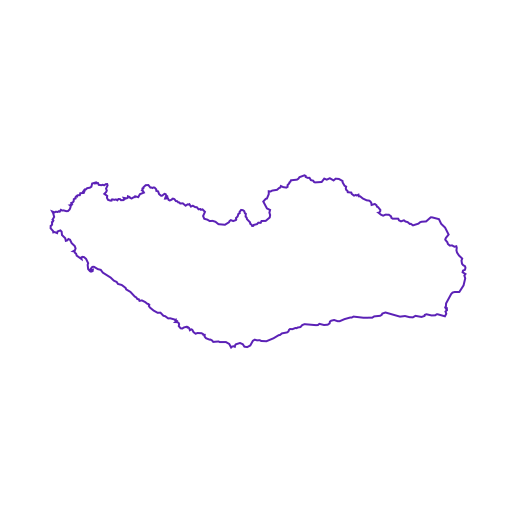 Antalaha, Sava, Madagascar, rotated 104°
{"feature_id": "10022922B15279482214677", "entity_name": "Antalaha", "entity_type": "district", "adm_level": 2, "iso_a3": "MDG", "parent_name": "Madagascar", "parent_adm1": "Sava", "projection": "orthographic", "projection_center": [50.057, -15.259], "detail": "fine", "context": "isolated", "style": "outline", "palette": "violet", "viewbox_px": 512, "rotation_deg": 104, "n_neighbors": 0, "source": "geoboundaries", "source_scale": "gbopen_adm2", "svg_char_len": 6108}
<svg xmlns="http://www.w3.org/2000/svg" viewBox="0 0 512 512"><g transform="rotate(104 256 256)"><path d="M222.2,417.8L222.6,419.1L224.1,420.4L224.0,422.0L224.7,423.1L225.0,425.8L223.5,426.9L224.1,428.6L223.4,428.2L223.2,428.9L225.3,432.5L228.6,432.5L229.9,433.7L231.0,436.2L232.8,437.4L232.8,438.2L233.5,438.6L234.1,438.3L234.2,438.8L235.3,439.3L235.8,438.3L236.5,438.4L237.6,441.7L239.6,441.7L240.2,443.7L240.7,444.2L241.6,444.0L241.8,445.0L242.8,445.4L243.8,445.0L244.9,446.5L247.2,446.2L248.3,446.8L249.2,448.0L250.2,447.1L250.8,448.0L251.4,447.6L251.8,448.6L252.1,447.9L253.9,447.8L255.9,448.1L257.9,449.3L258.4,450.9L258.3,453.7L258.8,455.1L258.4,456.5L260.5,457.2L260.3,458.2L261.3,459.1L261.4,460.9L262.4,462.0L262.1,464.5L263.6,463.1L266.9,461.3L270.0,462.2L270.6,461.2L271.8,461.4L272.5,462.2L274.5,461.5L275.6,461.7L276.4,462.5L278.8,462.0L281.0,458.8L282.1,458.4L281.5,457.2L281.9,454.5L280.2,454.5L278.5,452.0L279.4,450.5L282.6,449.3L284.9,445.4L287.3,444.2L286.6,443.0L284.9,442.1L285.2,440.4L288.1,438.0L290.2,434.3L292.3,432.9L294.2,433.1L295.6,434.5L295.5,433.1L296.6,432.6L297.3,431.1L299.0,430.1L301.2,424.5L299.7,425.2L298.8,424.2L298.7,422.6L299.9,420.2L303.6,417.1L305.3,417.2L309.3,415.7L310.9,413.4L311.1,412.3L310.2,410.9L308.8,411.0L310.1,413.0L309.6,413.7L306.5,412.4L305.9,411.6L305.7,410.5L307.0,406.3L307.0,403.3L309.2,400.6L312.1,391.8L314.3,388.0L314.9,384.9L316.5,383.2L316.6,379.3L317.9,376.2L318.7,374.6L319.8,373.9L321.2,369.2L324.7,363.8L325.2,362.1L326.5,360.7L326.3,359.3L327.7,358.2L326.7,356.0L327.5,352.4L328.7,349.8L328.6,348.8L329.2,347.7L330.4,347.9L331.6,346.6L333.7,342.2L334.9,337.7L334.1,335.0L336.4,331.4L336.4,329.5L337.8,326.1L337.2,324.2L337.3,320.0L337.9,318.8L337.3,318.4L337.9,318.1L338.1,317.3L339.6,318.3L339.2,316.1L339.7,314.9L340.7,314.1L342.7,314.0L344.4,311.6L344.2,310.0L342.8,308.7L341.4,306.1L342.0,305.3L341.5,304.9L342.1,303.5L344.0,302.2L342.8,301.1L343.0,300.0L345.0,298.2L346.0,295.8L344.9,294.2L344.1,290.2L344.5,288.6L345.2,288.1L344.9,286.7L346.6,286.4L347.9,284.6L348.4,280.8L348.1,280.0L348.6,278.2L349.7,276.7L348.0,271.7L348.3,270.3L346.8,264.3L347.8,260.7L350.8,258.0L349.7,257.3L349.0,256.0L349.2,254.6L347.4,254.6L346.5,254.1L344.3,250.5L344.8,247.5L346.8,245.3L346.5,242.5L344.2,239.9L339.0,238.5L337.5,237.0L337.6,234.6L336.8,232.0L337.2,230.4L336.2,225.3L331.6,219.1L327.3,214.8L326.9,213.7L324.8,212.1L322.6,207.3L321.4,206.3L319.7,206.1L318.6,205.3L318.2,203.0L316.3,200.3L316.2,199.1L315.4,198.4L314.2,195.7L311.8,194.4L310.4,192.4L308.6,181.1L308.0,179.2L306.5,178.1L306.5,173.3L305.3,169.8L303.6,168.3L301.8,168.4L300.6,167.4L299.2,164.7L299.5,161.1L299.0,159.0L295.8,154.8L292.9,149.7L292.6,148.3L291.2,146.7L289.9,136.7L287.7,128.3L286.0,126.7L284.0,121.1L282.7,119.8L281.3,119.5L279.5,116.7L280.0,101.6L278.2,96.9L278.2,92.2L277.6,89.0L275.5,86.8L275.1,80.7L273.4,78.0L272.3,78.0L271.3,76.5L271.2,71.2L270.2,67.8L268.8,66.5L268.6,65.6L268.8,58.1L266.0,57.4L264.0,58.7L262.4,57.6L260.6,58.2L261.1,59.1L260.0,60.0L259.3,59.5L256.0,60.1L245.6,57.4L243.9,56.4L242.9,54.6L241.7,50.0L234.3,47.5L227.0,47.6L224.6,49.1L222.8,48.4L221.8,51.6L220.1,51.6L218.8,49.9L216.8,49.9L215.4,50.7L214.7,52.9L213.7,54.2L210.8,55.5L208.6,55.3L206.4,59.2L204.0,61.8L202.0,62.9L199.5,63.2L198.1,64.0L199.0,65.7L198.3,68.3L199.0,70.5L197.9,72.7L196.3,73.7L194.6,76.1L194.1,76.4L192.4,76.1L188.6,74.3L182.7,79.4L180.0,84.1L176.0,87.4L175.9,94.4L176.2,95.8L181.3,99.3L182.7,103.6L183.6,105.0L185.3,106.2L188.3,111.1L187.3,113.6L187.7,114.5L186.4,117.1L186.4,119.3L185.6,121.1L187.3,123.7L186.8,125.9L185.4,127.0L186.7,132.5L186.2,133.9L184.9,134.5L183.8,137.1L184.6,140.4L186.1,142.4L185.7,144.7L184.4,147.5L184.2,147.0L182.4,146.3L181.2,146.5L179.0,149.5L178.9,150.5L177.6,151.4L176.8,153.3L178.5,156.2L176.4,157.1L175.4,158.3L174.9,159.6L175.2,162.1L174.4,166.2L172.9,169.4L173.2,170.6L171.7,171.4L172.9,172.8L172.6,173.9L173.7,175.5L172.6,178.1L171.4,178.9L171.9,182.4L170.6,183.1L169.9,184.6L168.5,185.3L166.9,185.3L166.4,187.1L163.7,189.7L162.3,190.2L161.2,194.2L161.7,197.4L163.9,199.0L162.7,203.2L164.8,205.8L164.4,208.5L168.3,210.2L170.3,216.5L170.2,217.5L169.1,218.7L169.1,221.1L167.2,223.0L167.7,224.7L167.3,226.9L166.3,227.2L166.0,228.5L169.0,232.9L170.8,233.6L172.0,234.7L174.1,240.4L175.5,240.6L176.6,241.4L177.5,241.3L179.5,242.5L181.3,242.1L182.3,243.1L182.6,246.3L182.1,248.8L183.7,249.0L184.5,250.1L186.7,251.6L188.6,256.1L189.9,257.5L190.1,259.3L192.9,258.6L197.6,259.3L198.2,260.4L201.4,262.1L207.2,256.9L207.9,253.5L210.7,253.5L212.8,252.2L215.3,252.0L219.6,255.1L220.7,259.1L222.7,259.5L223.1,261.8L224.8,262.7L226.4,265.7L227.4,265.9L227.8,267.0L226.7,267.9L226.1,269.4L224.8,269.9L222.4,273.7L221.0,274.4L220.3,275.6L217.5,276.1L217.1,277.2L215.3,278.3L214.7,279.9L214.9,281.6L217.3,282.6L218.4,282.2L219.5,283.3L222.1,283.4L224.0,284.6L225.4,284.0L226.0,284.2L227.6,286.6L227.3,289.1L228.5,290.1L229.8,290.4L233.2,293.7L234.2,300.1L232.6,303.6L232.4,306.6L233.3,309.4L232.5,312.0L232.4,315.2L230.0,317.0L225.5,316.2L223.7,319.2L224.5,320.6L223.9,321.4L224.6,323.0L223.0,325.2L223.3,326.8L222.5,329.5L223.8,331.1L221.8,333.2L222.4,333.9L222.4,334.8L224.2,336.5L222.6,339.8L223.4,342.2L222.6,343.4L222.8,344.4L221.9,345.8L222.1,347.0L220.6,348.9L220.4,349.9L220.6,350.9L221.7,351.4L223.0,353.1L222.7,354.4L221.3,355.4L221.4,355.9L220.9,356.3L222.0,357.1L222.3,358.1L220.7,358.0L219.4,356.8L218.8,358.0L217.9,358.6L217.8,359.8L220.2,361.7L220.5,362.7L219.4,365.0L217.0,366.6L216.9,368.5L215.5,368.9L214.2,370.9L214.2,371.8L215.1,373.0L214.8,373.8L215.2,375.0L213.2,377.6L214.0,380.2L216.7,381.9L217.5,381.7L218.0,382.5L219.2,382.1L219.9,382.5L220.5,381.1L221.6,380.1L224.1,383.6L227.4,384.5L227.3,387.7L228.2,387.8L228.5,388.8L230.3,390.6L230.1,392.1L229.3,393.0L229.1,394.7L230.5,394.5L231.4,395.5L231.6,398.4L232.8,397.3L233.9,398.3L234.5,400.5L233.7,401.7L234.0,403.3L235.5,404.0L235.0,405.6L235.7,406.8L235.8,409.0L236.1,409.6L237.2,409.6L237.5,410.8L237.3,413.2L235.6,414.7L233.7,414.9L232.4,418.2L230.2,416.9L228.6,416.6L226.9,417.8L223.4,417.1L222.2,417.8Z" fill="none" stroke="#5b21b6" stroke-width="2"/></g></svg>